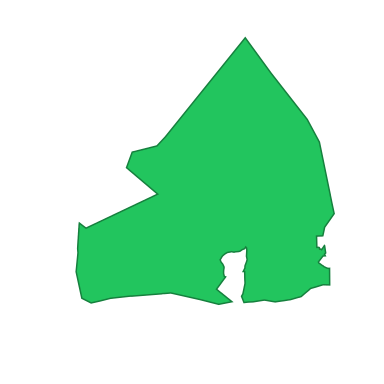 the district of Santo Tomás Jalieza, Oaxaca, Mexico, rotated 253°
{"feature_id": "50627088B89424394811224", "entity_name": "Santo Tomás Jalieza", "entity_type": "district", "adm_level": 2, "iso_a3": "MEX", "parent_name": "Mexico", "parent_adm1": "Oaxaca", "projection": "mercator", "projection_center": [-96.659, 16.876], "detail": "fine", "context": "isolated", "style": "filled", "palette": "green", "viewbox_px": 384, "rotation_deg": 253, "n_neighbors": 0, "source": "geoboundaries", "source_scale": "gbopen_adm2", "svg_char_len": 2941}
<svg xmlns="http://www.w3.org/2000/svg" viewBox="0 0 384 384"><g transform="rotate(253 192 192)"><path d="M114.2,82.9L110.5,102.5L110.0,104.1L103.5,133.4L103.5,134.2L103.0,135.9L102.1,140.1L101.7,142.1L100.7,143.9L86.6,168.6L76.8,184.7L75.4,198.1L76.3,197.5L78.7,195.9L79.8,195.1L82.4,193.4L84.7,191.8L86.6,190.6L87.3,190.0L91.9,187.0L95.1,191.4L97.0,193.9L98.2,195.5L100.7,198.9L101.0,199.3L101.8,198.2L103.4,198.3L104.3,198.3L105.6,198.6L106.8,199.0L107.9,199.4L109.2,200.0L110.1,200.5L110.4,200.5L111.1,200.7L112.6,200.5L114.0,200.3L115.0,199.9L116.5,199.3L119.0,199.1L119.3,199.5L120.3,200.6L120.9,201.2L121.2,201.6L121.6,202.0L122.2,203.0L123.1,205.2L123.8,207.8L123.7,209.4L123.5,210.7L123.4,212.4L122.7,213.6L122.2,214.6L122.1,216.2L121.7,217.9L121.4,219.4L121.4,220.7L121.5,221.1L122.1,222.7L122.3,224.1L122.4,225.7L123.7,227.3L122.6,227.8L120.3,227.4L116.5,226.0L114.6,225.3L113.6,225.2L111.3,225.0L109.7,224.0L107.8,222.6L106.2,221.3L104.9,220.7L103.8,220.4L102.9,219.5L101.8,218.5L101.0,217.7L100.5,219.1L99.4,218.8L98.4,218.5L96.8,218.1L95.2,217.6L94.4,217.4L92.2,216.8L91.8,216.7L90.5,216.4L89.1,216.0L88.1,215.5L87.0,214.9L86.5,214.6L83.5,213.0L82.1,212.2L79.7,210.9L77.8,208.9L71.1,209.4L70.4,213.3L69.1,218.4L68.0,226.3L67.5,229.6L66.4,231.9L63.8,237.0L62.6,239.5L62.4,240.9L61.9,244.2L61.2,248.4L60.7,252.2L60.3,254.6L60.2,263.1L60.1,263.6L60.1,264.0L60.1,265.9L61.4,268.8L62.5,271.3L63.2,273.0L63.7,274.2L64.1,275.1L65.1,277.2L65.0,282.1L65.0,290.2L62.9,296.5L78.7,301.2L78.7,300.9L78.8,300.8L78.9,300.7L79.0,300.3L79.0,300.2L79.2,299.9L79.3,299.7L79.6,299.1L80.1,298.4L81.1,297.4L81.8,296.5L82.3,296.2L83.1,295.7L84.1,294.7L85.3,293.9L86.2,293.2L86.6,292.7L87.9,292.4L88.1,292.4L92.4,298.4L92.4,298.8L92.4,299.2L92.0,300.8L93.5,300.6L93.8,300.5L94.2,301.2L94.6,302.0L101.9,303.1L102.1,303.0L98.9,299.1L99.7,298.5L99.9,298.0L99.9,297.5L100.2,297.3L100.9,297.4L101.4,297.5L101.5,297.5L101.8,297.3L102.1,296.8L102.5,295.2L113.0,298.1L113.4,298.2L112.9,300.3L112.0,303.6L112.0,303.8L111.9,304.3L112.4,304.6L113.0,304.9L113.2,305.0L113.3,305.1L113.9,305.4L114.0,305.5L114.4,305.7L115.3,306.2L116.9,307.1L118.2,307.8L119.5,308.5L129.1,320.8L129.7,321.6L141.3,322.6L143.2,322.8L148.6,323.3L149.0,323.4L150.3,323.5L202.5,328.4L227.7,323.4L282.6,302.3L323.9,288.0L252.4,182.5L246.3,171.9L247.6,146.5L234.4,136.5L200.0,158.6L197.2,139.8L196.9,137.8L196.9,137.6L193.6,115.3L188.4,80.1L190.4,78.6L195.2,75.2L194.6,74.9L193.9,74.6L193.7,74.6L193.4,74.4L193.1,74.3L192.8,74.2L192.0,73.9L191.7,73.8L191.4,73.7L190.9,73.5L190.5,73.3L190.0,73.1L189.7,73.0L188.9,72.7L188.6,72.6L188.3,72.5L187.4,72.2L186.0,71.6L185.9,71.6L185.5,71.4L185.1,71.3L184.8,71.2L184.2,71.0L184.1,70.9L183.0,70.5L182.9,70.5L182.8,70.4L182.3,70.2L181.7,70.0L180.8,69.7L180.1,69.4L179.6,69.2L179.4,69.2L179.1,69.0L177.2,68.3L171.3,66.1L167.2,65.2L149.6,57.9L122.6,55.6L115.4,63.1L114.7,72.2L114.2,82.9Z" fill="#22c55e" stroke="#15803d" stroke-width="1.5"/></g></svg>